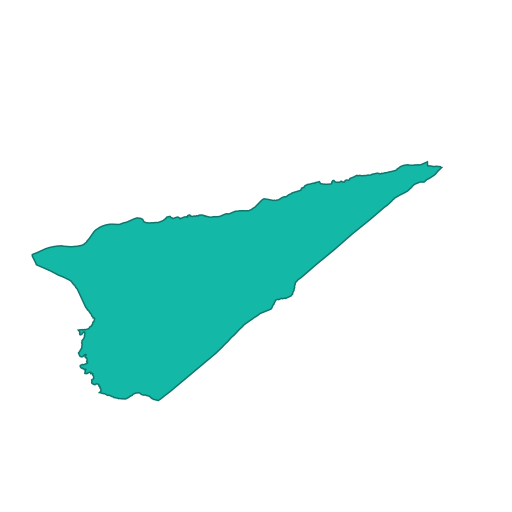 Be'er Sheva, HaDarom, Israel (Equal Earth projection), rotated 246°
{"feature_id": "584046B9730835639199", "entity_name": "Be'er Sheva", "entity_type": "district", "adm_level": 2, "iso_a3": "ISR", "parent_name": "Israel", "parent_adm1": "HaDarom", "projection": "equal_earth", "projection_center": [34.955, 30.496], "detail": "fine", "context": "isolated", "style": "filled", "palette": "teal", "viewbox_px": 512, "rotation_deg": 246, "n_neighbors": 0, "source": "geoboundaries", "source_scale": "gbopen_adm2", "svg_char_len": 5982}
<svg xmlns="http://www.w3.org/2000/svg" viewBox="0 0 512 512"><g transform="rotate(246 256 256)"><path d="M260.6,63.5L258.7,64.0L257.5,63.9L256.8,63.2L255.7,63.2L255.3,63.7L255.3,64.3L255.7,66.0L256.5,67.0L256.4,68.3L256.3,68.5L254.8,68.3L253.1,66.9L252.1,66.7L251.8,66.1L251.1,65.6L250.2,64.3L250.0,63.6L249.6,63.2L249.4,62.6L248.3,62.1L247.6,61.4L246.0,61.3L245.3,60.7L244.2,60.2L243.6,59.7L242.6,59.3L242.0,57.9L240.4,56.0L239.7,54.4L236.2,54.4L235.6,54.7L234.6,55.9L234.5,57.1L235.3,58.5L235.5,59.5L235.4,60.1L235.1,60.6L234.7,60.6L234.0,59.1L233.3,58.8L232.4,58.9L232.1,59.7L230.7,59.7L229.7,59.5L228.5,58.3L228.2,58.3L227.6,58.9L227.2,58.8L226.9,58.6L226.7,57.9L226.7,56.2L226.9,54.1L227.5,53.4L227.5,51.3L227.4,50.9L227.1,50.6L225.8,50.5L224.6,50.9L224.3,51.7L223.7,51.8L223.3,52.6L222.0,52.9L221.9,54.2L221.2,54.3L220.7,53.5L219.1,52.3L218.5,51.9L218.1,52.1L217.7,53.2L217.3,53.5L217.5,55.2L217.4,56.6L217.0,57.6L215.9,57.2L215.5,57.3L215.2,58.9L214.6,59.0L213.7,58.4L212.4,58.7L210.2,58.0L209.9,57.5L209.8,55.9L209.4,55.3L208.2,55.1L207.3,54.4L206.6,54.3L204.9,55.3L204.7,55.9L204.3,56.0L203.9,56.5L204.1,58.8L202.4,60.1L201.5,59.7L200.9,59.7L200.2,60.3L199.7,60.4L199.3,59.9L198.7,59.8L197.7,60.2L195.6,59.4L194.9,57.4L194.4,58.2L192.4,60.5L191.7,61.8L189.0,63.8L188.3,65.4L187.7,66.1L186.6,66.8L185.3,68.3L184.3,68.8L184.0,69.5L182.2,72.0L181.6,72.4L181.3,73.4L179.8,75.8L179.8,76.7L179.0,77.3L178.4,79.1L178.6,82.3L179.1,84.1L179.0,86.2L179.7,87.4L179.7,89.7L179.6,90.9L179.0,92.2L178.8,93.2L178.4,93.8L176.0,95.1L175.7,95.6L175.3,95.9L174.5,97.0L174.0,98.5L172.8,99.5L171.9,100.9L170.9,101.8L169.4,102.2L168.8,102.8L168.3,102.8L167.7,103.5L166.8,103.9L165.8,105.4L164.7,106.6L163.7,108.0L164.3,111.2L165.6,116.1L167.0,122.1L183.4,179.5L186.5,188.2L187.6,190.5L189.4,195.6L191.6,200.3L192.5,203.5L195.6,210.8L196.8,214.4L198.0,217.0L199.5,224.5L199.9,227.1L200.4,228.7L200.7,231.6L201.5,235.4L201.8,236.2L201.4,247.8L201.7,248.8L204.3,251.7L204.6,252.7L206.0,253.8L206.4,254.7L207.4,255.5L207.6,255.9L207.7,257.7L207.5,258.4L207.0,258.8L206.8,259.9L207.1,261.4L206.7,262.3L206.2,262.6L206.0,264.5L205.2,265.8L205.3,271.8L206.0,272.9L206.1,273.7L207.8,274.9L209.0,276.6L210.0,277.1L211.5,278.5L212.7,278.8L214.1,280.2L214.7,280.4L215.6,281.3L216.2,282.4L216.5,283.4L217.2,284.6L218.0,288.7L224.2,309.2L229.7,329.3L237.0,352.9L243.1,375.7L248.5,393.8L248.9,396.3L251.1,402.6L251.7,403.7L251.9,404.9L252.5,406.0L253.2,412.8L253.3,416.7L253.7,420.9L255.4,425.9L256.3,427.6L257.0,430.1L256.8,436.4L256.1,437.5L255.2,439.7L256.3,443.3L256.4,445.9L257.3,451.6L257.9,453.5L259.3,456.2L261.3,461.5L261.5,461.1L262.6,460.8L264.9,456.7L265.1,455.2L267.2,452.2L267.9,450.6L268.7,449.5L272.3,450.9L272.3,444.2L272.7,442.3L273.3,441.4L273.7,440.1L274.1,439.4L274.9,437.1L275.2,435.8L276.3,433.7L276.6,432.8L277.4,432.2L277.8,431.2L278.7,427.8L278.9,424.9L278.8,423.8L278.4,422.7L278.1,420.4L277.4,419.4L277.5,417.6L278.2,413.5L278.7,411.6L278.9,409.5L279.5,408.0L280.0,404.7L280.4,404.5L280.4,403.2L280.7,402.5L281.2,402.1L281.7,401.2L282.1,401.0L282.5,400.0L283.0,396.9L283.5,395.6L283.3,394.1L283.7,392.3L284.0,391.7L284.4,391.4L284.6,389.7L285.1,388.6L285.4,387.4L285.8,386.9L286.0,385.6L287.4,383.7L287.6,383.1L287.5,382.2L288.4,381.4L288.6,380.9L288.6,379.8L288.4,378.0L288.6,373.5L288.4,373.0L287.9,372.7L287.6,372.2L287.7,371.1L288.5,369.9L288.7,368.9L288.6,368.0L287.6,367.3L287.6,366.5L287.8,365.9L288.3,365.7L288.6,364.9L289.4,364.6L289.7,364.1L289.7,363.5L289.3,362.9L289.4,362.3L291.0,358.8L292.3,358.1L293.2,358.0L293.5,357.4L293.6,356.8L293.1,355.8L292.6,355.6L292.4,355.1L291.6,354.8L291.3,354.1L291.4,353.4L293.3,348.3L293.6,348.2L294.0,347.2L295.6,344.7L296.0,344.4L298.2,344.1L298.4,342.3L299.0,339.8L298.5,339.2L299.4,337.5L299.7,334.5L300.5,331.9L300.2,330.9L300.4,329.7L299.9,328.5L299.1,327.8L299.0,327.6L299.4,326.8L299.4,325.2L298.9,325.0L298.6,324.3L298.0,324.0L297.9,322.9L298.9,315.0L298.9,314.3L298.5,313.0L298.7,311.7L298.5,310.2L298.0,308.2L298.0,307.0L298.1,306.6L298.5,306.3L298.8,303.9L298.1,299.1L298.6,298.0L298.6,296.8L298.9,296.2L299.4,295.7L299.6,294.5L302.9,289.9L304.9,286.7L305.0,286.0L304.6,283.8L301.0,274.8L300.7,272.0L300.3,270.9L300.3,267.6L301.4,265.5L301.7,264.2L302.5,263.0L303.3,261.0L303.3,260.5L303.9,259.9L304.2,258.1L305.3,255.2L305.4,249.0L305.7,247.4L306.4,246.9L306.8,245.0L306.9,239.1L307.4,237.2L309.2,233.1L309.6,231.0L310.4,229.4L312.3,227.1L312.8,226.1L313.2,226.1L313.5,225.3L314.0,225.1L314.3,224.5L314.8,224.2L315.5,223.2L316.5,220.5L316.1,219.5L317.0,218.0L316.9,217.1L317.4,215.9L317.7,215.8L317.9,214.0L318.2,213.5L318.6,213.3L318.7,212.7L318.9,212.4L320.1,212.4L320.5,212.1L320.7,210.1L320.4,210.1L319.5,209.5L319.6,209.0L319.9,208.9L320.2,208.3L320.2,207.8L320.8,206.5L320.9,201.8L321.7,201.8L322.0,201.3L322.9,201.0L323.5,200.0L323.7,199.3L323.9,195.7L324.1,195.3L325.1,194.7L325.5,194.1L326.9,193.7L327.2,193.5L327.8,190.2L327.0,188.9L326.1,185.3L326.4,180.0L327.2,178.5L327.5,177.2L327.8,177.0L328.1,175.5L328.7,174.5L329.3,172.5L330.6,170.0L332.0,168.2L332.8,167.6L335.8,167.3L336.6,166.4L337.3,165.9L339.2,162.8L339.5,159.5L339.5,152.5L339.6,151.0L340.2,148.0L340.3,144.8L340.6,143.4L343.3,138.1L344.3,135.9L344.8,134.2L345.5,130.9L345.8,127.3L345.7,124.6L344.9,119.9L344.2,118.1L339.9,111.0L338.2,107.4L337.5,106.6L336.6,102.9L336.6,101.2L337.5,97.0L339.7,90.7L343.3,84.0L344.3,82.7L346.0,78.1L346.9,74.8L347.8,70.5L348.2,66.5L348.1,57.8L348.3,52.7L348.1,52.0L346.6,51.6L338.8,52.0L337.9,51.8L337.2,51.9L326.2,62.0L318.7,67.9L315.8,70.8L310.4,75.4L308.3,76.8L304.5,77.7L302.2,78.6L300.4,78.6L298.7,79.3L278.0,79.6L277.0,80.1L275.4,80.1L273.9,80.9L271.7,81.2L269.9,81.8L267.9,81.6L266.3,82.3L265.6,82.0L265.3,82.7L264.8,83.1L264.4,83.1L262.1,81.3L262.0,80.5L261.2,79.5L260.4,79.1L259.7,78.2L259.6,77.6L259.1,77.4L258.9,77.2L258.8,75.3L258.1,74.5L257.6,73.4L258.1,70.1L258.3,69.6L258.7,69.3L258.8,67.9L259.5,67.3L259.6,66.5L260.0,65.6L260.6,63.5Z" fill="#14b8a6" stroke="#0f766e" stroke-width="1.5"/></g></svg>